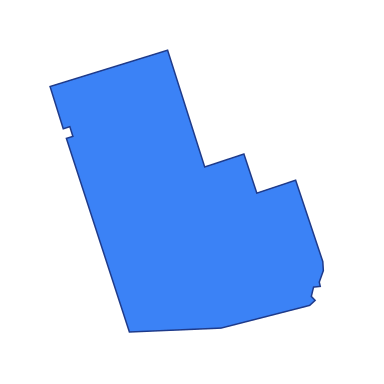 Glades, Florida, United States of America, rotated 72°
{"feature_id": "52423323B13826815912541", "entity_name": "Glades", "entity_type": "district", "adm_level": 2, "iso_a3": "USA", "parent_name": "United States of America", "parent_adm1": "Florida", "projection": "albers", "projection_center": [-81.165, 26.99], "detail": "fine", "context": "isolated", "style": "filled", "palette": "blue", "viewbox_px": 384, "rotation_deg": 72, "n_neighbors": 0, "source": "geoboundaries", "source_scale": "gbopen_adm2", "svg_char_len": 412}
<svg xmlns="http://www.w3.org/2000/svg" viewBox="0 0 384 384"><g transform="rotate(72 192 192)"><path d="M47.8,294.4L92.1,294.9L92.1,288.0L102.3,288.1L102.2,294.9L305.8,294.8L330.4,206.4L336.2,115.1L333.1,108.4L328.2,110.8L320.0,105.8L321.4,99.2L317.0,98.8L307.4,91.4L298.6,89.1L212.8,89.8L213.1,130.7L171.9,130.9L172.1,172.2L49.6,171.4L47.8,294.4Z" fill="#3b82f6" stroke="#1e3a8a" stroke-width="1.5"/></g></svg>